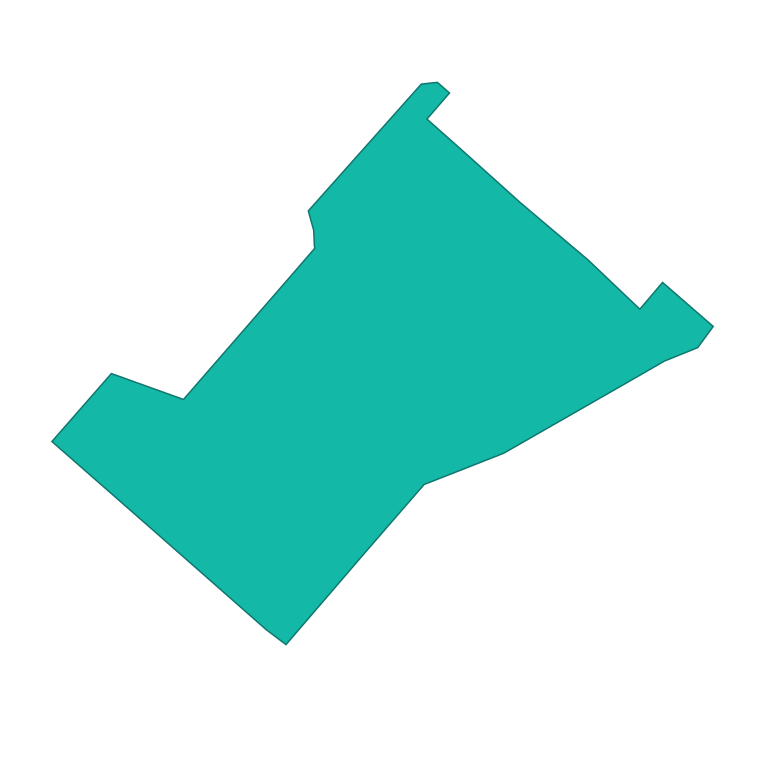 outline of Valencia, New Mexico, United States of America, rotated 311°
{"feature_id": "52423323B5948069523635", "entity_name": "Valencia", "entity_type": "district", "adm_level": 2, "iso_a3": "USA", "parent_name": "United States of America", "parent_adm1": "New Mexico", "projection": "natural_earth1", "projection_center": [-106.706, 34.697], "detail": "fine", "context": "isolated", "style": "filled", "palette": "teal", "viewbox_px": 768, "rotation_deg": 311, "n_neighbors": 0, "source": "geoboundaries", "source_scale": "gbopen_adm2", "svg_char_len": 555}
<svg xmlns="http://www.w3.org/2000/svg" viewBox="0 0 768 768"><g transform="rotate(311 384 384)"><path d="M646.6,242.5L646.7,226.6L644.8,224.6L634.8,215.4L465.0,213.3L453.8,230.2L442.4,241.0L441.2,242.7L411.8,242.8L240.8,242.8L240.4,241.9L213.0,171.4L122.7,171.1L122.2,302.5L121.3,456.4L123.0,481.0L243.5,480.3L334.5,480.2L390.8,509.6L407.1,518.1L410.4,519.8L545.4,566.8L585.3,580.6L617.3,596.9L643.4,594.7L643.4,527.6L608.3,528.0L611.5,456.7L610.3,367.9L611.6,291.4L612.1,242.6L646.6,242.5Z" fill="#14b8a6" stroke="#0f766e" stroke-width="1.5"/></g></svg>